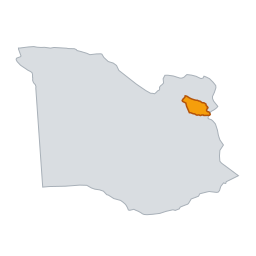 where Adjumani sits in Uganda, rotated 86°
{"feature_id": "UGA-3079", "entity_name": "Adjumani", "entity_type": "District", "adm_level": 1, "iso_a3": "UGA", "parent_name": "Uganda", "parent_adm1": "", "projection": "natural_earth1", "projection_center": [31.782, 3.228], "detail": "fine", "context": "in_parent", "style": "filled", "palette": "amber", "viewbox_px": 256, "rotation_deg": 86, "n_neighbors": 0, "source": "natural_earth", "source_scale": "10m", "svg_char_len": 3050}
<svg xmlns="http://www.w3.org/2000/svg" viewBox="0 0 256 256"><g transform="rotate(86 128 128)"><path d="M181.0,217.2L177.4,217.2L171.7,217.2L165.9,217.2L160.1,217.2L154.4,217.2L148.6,217.2L142.8,217.2L137.1,217.2L131.3,217.2L125.5,217.2L119.8,217.2L114.0,217.2L108.2,217.2L102.5,217.2L96.7,217.2L90.9,217.2L85.2,217.2L81.8,217.2L81.1,217.1L80.6,216.9L78.4,217.4L76.2,219.1L73.8,219.8L71.2,219.5L70.9,219.7L69.6,219.6L67.7,219.5L66.1,219.9L64.8,221.4L63.4,223.8L61.1,226.7L59.2,229.2L57.7,231.0L54.1,233.9L52.1,234.8L51.1,234.6L50.5,234.1L49.4,230.3L48.7,229.7L41.7,231.7L40.6,231.7L40.7,230.5L40.2,221.7L40.2,216.3L41.1,212.9L41.6,209.0L41.7,205.6L42.9,199.7L42.5,196.2L44.1,183.9L44.6,181.9L45.2,175.9L46.2,174.1L47.2,173.4L48.4,169.7L50.6,163.9L52.2,160.9L51.9,154.3L52.1,149.9L52.5,148.9L55.9,147.2L60.3,143.1L62.2,138.2L64.8,135.1L69.9,133.1L84.9,116.5L92.0,107.5L95.0,102.9L95.1,101.2L95.7,99.1L94.5,97.4L93.0,95.8L92.5,94.4L91.3,93.7L89.5,93.7L88.3,92.7L86.9,90.7L85.6,89.4L81.3,89.5L78.0,87.5L78.1,84.7L79.3,79.1L81.8,72.8L82.0,71.0L81.6,69.5L81.0,68.2L79.9,67.0L78.8,65.5L79.7,60.9L81.2,56.4L82.5,54.2L83.8,51.7L83.4,49.6L81.6,48.6L82.5,46.6L84.5,43.2L88.4,39.8L91.8,37.5L94.0,37.5L98.4,39.3L102.4,41.5L104.6,41.6L107.2,40.7L112.7,36.9L114.0,38.1L115.6,40.4L117.4,44.2L120.8,46.0L122.5,47.2L123.6,47.5L124.3,47.2L125.6,44.2L127.2,42.6L130.1,40.5L136.6,38.9L141.2,38.4L143.1,38.0L146.4,37.1L151.6,34.0L156.7,37.9L162.2,38.7L167.5,38.7L169.2,37.5L170.1,36.6L175.7,30.0L183.3,21.2L188.4,33.7L190.1,34.4L189.9,35.5L189.4,36.5L192.7,39.5L196.8,41.1L198.3,42.6L198.4,44.3L197.0,51.5L197.3,53.6L198.6,60.9L201.0,62.5L203.2,69.9L207.6,73.0L208.2,73.9L209.2,77.4L210.5,81.3L211.6,82.2L212.2,82.4L213.5,86.6L212.7,88.9L213.8,95.9L215.4,102.2L215.8,109.7L215.8,113.1L215.8,115.1L215.4,117.9L214.6,119.6L213.3,121.2L211.7,123.7L210.4,126.4L209.5,127.8L210.2,131.8L210.0,132.9L209.7,133.4L207.7,134.0L205.2,135.1L203.6,136.2L201.5,138.3L199.7,140.5L197.4,147.1L193.6,152.2L193.0,153.9L189.3,156.9L187.7,160.7L186.7,165.3L185.3,168.6L182.3,173.1L181.6,180.2L181.7,194.5L180.9,210.8L181.0,217.2Z" fill="#d9dde1" stroke="#a8b0b8" stroke-width="1"/><path d="M120.0,45.0L120.6,45.3L121.0,46.0L120.8,51.4L120.6,51.9L120.2,52.1L120.2,52.9L120.2,53.7L120.5,54.3L120.6,55.0L119.9,56.3L119.9,57.1L120.0,57.9L119.9,58.6L119.5,59.3L119.1,59.9L118.6,60.4L118.4,61.1L118.4,61.9L117.2,64.2L117.1,64.9L117.0,65.7L110.5,68.0L107.1,68.6L106.1,70.3L105.3,71.6L104.8,71.9L104.2,72.0L103.8,71.7L103.5,71.2L102.7,70.9L102.0,69.9L101.2,69.1L99.9,68.7L100.3,67.3L100.8,66.5L102.2,64.7L103.4,62.6L103.8,61.6L104.7,59.4L105.1,57.9L105.2,56.9L105.3,56.6L105.5,56.3L105.7,56.0L105.9,55.8L106.2,54.5L106.6,53.8L107.8,52.5L108.0,51.8L108.1,50.8L108.4,50.0L108.9,49.5L109.1,49.1L109.3,48.8L109.6,48.6L110.4,48.5L111.1,48.4L111.4,48.1L112.2,47.3L112.9,47.0L113.2,46.9L113.2,47.4L113.5,47.5L114.1,47.4L114.4,47.7L114.8,48.0L115.2,48.2L115.5,48.4L116.3,48.3L116.9,47.9L117.4,47.2L117.5,46.4L117.9,45.9L119.5,45.3L120.0,45.0Z" fill="#f59e0b" stroke="#b45309" stroke-width="1.5"/></g></svg>